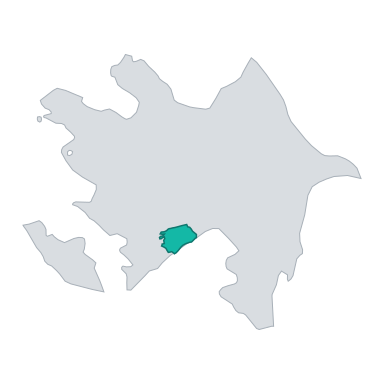 Füzuli on a map of Azerbaijan (orthographic projection)
{"feature_id": "AZE-1702", "entity_name": "Füzuli", "entity_type": "District", "adm_level": 1, "iso_a3": "AZE", "parent_name": "Azerbaijan", "parent_adm1": "", "projection": "orthographic", "projection_center": [47.235, 39.552], "detail": "fine", "context": "in_parent", "style": "filled", "palette": "teal", "viewbox_px": 384, "rotation_deg": 0, "n_neighbors": 0, "source": "natural_earth", "source_scale": "10m", "svg_char_len": 3975}
<svg xmlns="http://www.w3.org/2000/svg" viewBox="0 0 384 384"><path d="M273.6,326.3L271.8,326.2L259.2,329.5L256.6,328.5L245.6,314.9L243.3,313.4L238.6,312.8L235.9,310.6L233.6,306.9L232.3,304.1L221.1,296.8L219.4,294.0L219.2,291.6L220.8,289.5L222.7,287.6L228.1,285.7L234.4,284.0L236.4,282.8L237.4,280.8L237.3,277.7L236.3,274.5L227.1,268.9L226.1,266.5L225.8,263.4L226.3,260.3L227.7,257.8L235.0,254.4L238.9,250.8L236.4,247.0L228.4,238.2L218.9,228.6L212.6,228.5L205.3,231.5L193.8,239.8L187.3,243.4L179.0,249.3L169.8,255.8L162.3,262.8L157.6,268.5L149.3,271.0L145.0,275.7L130.9,290.1L127.0,289.9L126.8,282.7L127.0,277.0L126.2,273.8L121.7,269.3L121.7,267.3L122.9,266.1L126.4,266.9L130.8,266.7L132.9,264.9L128.2,259.0L124.0,255.0L120.5,252.3L119.7,250.7L119.7,249.6L120.4,248.2L126.6,245.0L127.2,242.1L126.8,238.7L117.2,233.7L109.9,235.5L103.5,229.9L99.3,225.5L94.2,220.9L89.6,218.3L85.2,212.5L77.6,206.5L72.6,204.7L72.7,203.8L73.7,202.7L75.7,201.9L89.5,202.3L91.2,201.3L92.1,198.7L94.0,195.0L96.3,189.5L96.2,184.9L82.5,177.1L72.7,170.0L66.0,160.8L61.4,152.4L61.7,149.6L63.1,147.0L73.8,139.5L74.6,137.5L74.4,136.2L70.7,132.2L66.0,128.0L64.6,125.0L61.6,123.5L55.9,123.2L46.1,118.0L44.0,117.5L43.6,116.5L44.1,115.5L51.2,113.6L51.2,112.0L49.1,109.7L45.1,108.1L41.5,104.0L40.3,100.4L53.4,90.3L57.2,88.3L65.5,90.4L82.7,97.6L81.5,101.4L83.2,103.6L87.1,106.6L94.7,109.7L101.2,111.3L104.5,110.1L109.5,109.0L116.0,112.5L121.9,116.9L124.9,118.7L126.5,119.3L131.0,117.8L136.5,112.3L138.7,105.5L139.3,102.3L136.2,97.8L129.7,92.8L122.4,88.5L117.8,84.7L114.9,77.2L111.9,76.3L111.1,75.4L110.6,72.8L110.8,69.3L111.9,66.6L114.8,65.4L117.8,65.0L120.5,62.4L123.9,57.4L125.4,54.5L131.7,56.2L132.5,60.8L133.6,61.8L136.3,61.3L140.7,59.4L144.1,60.9L148.6,66.3L154.8,72.1L158.1,76.0L159.4,78.7L162.6,81.3L167.2,84.3L170.9,89.1L174.2,100.1L177.6,102.7L189.6,106.9L193.8,107.7L205.7,109.2L209.8,108.1L215.8,98.5L221.2,88.6L226.3,86.5L235.4,81.7L240.9,77.1L243.1,72.2L248.2,63.0L251.3,57.8L256.7,62.3L266.3,74.5L280.1,94.4L283.5,100.0L285.9,106.6L287.9,114.6L291.1,121.6L305.3,139.1L311.4,145.6L321.3,153.8L324.8,155.6L329.4,156.0L337.7,155.8L345.5,158.9L349.3,161.1L353.4,164.4L357.0,168.2L361.0,178.5L347.5,175.5L334.0,176.5L326.5,179.0L319.1,182.2L312.2,186.7L307.9,195.3L304.7,214.9L299.6,233.3L300.0,241.7L302.6,249.8L302.4,253.6L299.9,255.3L296.8,258.8L293.0,275.7L290.9,279.1L288.2,281.2L287.4,279.2L287.5,274.8L281.5,271.1L278.4,275.5L276.4,284.8L272.1,294.5L272.0,296.4L273.6,326.3ZM71.9,154.3L72.6,151.7L70.9,150.5L69.2,150.4L67.6,151.7L67.5,155.0L69.6,155.6L71.9,154.3ZM25.9,229.4L23.9,226.7L23.0,225.2L29.1,224.1L39.1,220.7L41.8,222.6L44.6,226.3L46.0,229.5L46.1,235.3L47.3,236.3L52.2,234.4L54.3,236.8L58.0,239.7L64.5,242.6L73.9,238.5L78.6,237.4L82.4,237.6L84.5,239.0L85.1,243.5L84.3,249.1L83.1,252.1L85.1,254.4L92.7,259.9L95.9,262.9L94.2,268.1L99.8,280.8L101.7,285.8L103.9,291.9L92.1,289.4L70.9,283.9L65.1,281.2L59.7,274.0L56.5,270.5L51.7,266.0L47.8,264.3L44.8,261.2L43.2,256.6L40.8,252.5L36.6,247.6L27.1,231.2L25.9,229.4ZM41.1,121.2L39.8,122.1L37.9,121.1L37.3,119.1L37.5,117.0L39.5,116.6L41.1,117.2L41.5,119.1L41.1,121.2Z" fill="#d9dde1" stroke="#a8b0b8" stroke-width="1"/><path d="M196.4,237.6L195.3,238.2L192.1,241.5L191.3,242.1L189.9,242.2L185.7,243.7L183.1,245.1L181.2,246.8L178.1,250.7L176.1,252.8L174.3,253.8L173.6,252.9L171.7,251.7L170.0,252.1L168.3,252.4L167.1,250.5L165.9,248.3L163.8,247.0L161.6,246.0L161.9,245.3L162.1,244.9L162.1,244.1L162.6,244.0L163.2,243.8L164.3,243.5L164.0,242.0L164.0,241.7L163.7,240.4L164.2,239.5L164.8,238.7L164.3,236.9L162.5,237.7L161.3,238.7L159.9,238.9L159.5,237.5L160.4,236.6L160.5,236.4L163.0,235.8L163.8,234.9L164.4,234.1L162.4,234.3L160.2,233.9L161.2,232.1L161.7,232.0L164.0,231.8L165.4,231.3L166.8,230.5L167.8,229.4L169.0,228.7L170.8,228.4L172.7,227.9L173.9,227.7L175.0,227.5L177.3,226.9L182.0,225.6L186.7,224.5L187.7,226.8L189.7,227.3L191.2,229.0L192.5,231.2L196.4,234.4L196.4,237.6L196.4,237.6Z" fill="#14b8a6" stroke="#0f766e" stroke-width="1.5"/></svg>